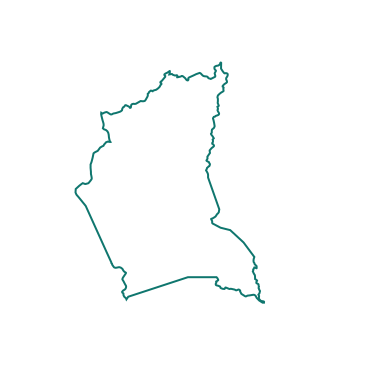 the district of Santa Cruz, Lempira, Honduras, rotated 121°
{"feature_id": "27666195B84616155619024", "entity_name": "Santa Cruz", "entity_type": "district", "adm_level": 2, "iso_a3": "HND", "parent_name": "Honduras", "parent_adm1": "Lempira", "projection": "robinson", "projection_center": [-88.56, 14.362], "detail": "fine", "context": "isolated", "style": "outline", "palette": "teal", "viewbox_px": 384, "rotation_deg": 121, "n_neighbors": 0, "source": "geoboundaries", "source_scale": "gbopen_adm2", "svg_char_len": 5951}
<svg xmlns="http://www.w3.org/2000/svg" viewBox="0 0 384 384"><g transform="rotate(121 192 192)"><path d="M249.8,73.3L249.0,73.7L248.9,73.9L249.0,74.6L249.7,76.4L249.8,77.1L249.5,78.3L248.9,79.8L247.8,80.4L246.6,80.9L245.8,82.2L244.2,82.0L241.9,82.7L241.4,83.5L241.1,84.2L240.7,84.4L240.0,85.5L238.6,85.9L238.4,86.3L237.2,87.2L236.9,87.5L236.8,87.8L236.9,89.2L236.9,89.8L236.7,90.1L235.5,90.6L234.5,90.5L234.4,90.6L234.2,91.3L234.1,93.1L231.6,94.7L230.9,95.4L230.6,95.8L230.2,96.8L228.7,99.0L228.1,99.0L227.9,99.0L226.8,99.7L226.2,99.5L224.6,99.7L224.4,99.4L224.2,97.5L224.1,97.4L223.8,97.5L222.9,98.0L222.2,98.6L221.6,101.1L220.8,101.9L220.4,102.9L220.0,103.3L219.2,103.9L217.7,104.6L215.6,105.1L208.7,121.8L205.0,139.6L207.9,149.1L208.4,158.0L208.1,158.8L206.6,159.7L205.4,161.6L205.1,161.7L204.1,160.8L202.0,159.7L200.8,159.2L198.1,159.1L196.8,158.7L195.6,158.6L192.8,159.7L171.3,185.7L169.1,187.0L168.2,187.8L167.4,188.9L166.2,191.1L164.8,191.2L163.5,191.5L162.7,191.2L161.4,190.9L161.0,190.5L160.7,190.5L159.9,190.6L159.0,190.9L158.7,191.2L158.3,192.1L157.7,192.8L157.8,195.2L157.7,195.6L157.6,195.8L157.0,195.9L155.4,195.9L154.0,196.9L153.7,197.0L149.3,196.7L147.7,198.0L147.2,198.3L144.3,197.8L142.2,197.0L141.6,196.9L141.2,196.9L140.8,197.2L140.5,197.7L140.2,198.7L140.2,199.5L139.6,199.9L138.7,199.8L137.8,200.1L136.9,200.7L136.4,201.3L134.7,201.0L133.6,203.1L132.8,205.2L132.3,205.7L131.0,205.6L129.3,206.6L128.2,207.0L125.7,206.2L124.8,206.3L123.9,206.5L123.2,207.1L121.3,208.7L119.0,210.9L118.3,211.8L117.9,212.0L116.4,212.0L115.5,211.1L115.0,211.0L114.5,210.8L113.3,209.8L112.5,209.2L111.7,208.9L111.2,209.0L110.8,209.2L110.3,209.8L109.5,211.3L108.7,212.3L108.4,212.4L107.8,212.4L107.4,212.5L105.8,214.1L105.1,213.7L104.3,213.5L103.5,214.4L102.5,215.8L100.8,216.6L98.8,217.8L97.7,219.0L97.1,219.2L95.9,219.5L93.5,218.9L91.7,218.2L90.1,217.3L89.2,217.0L88.8,217.2L87.3,218.4L86.6,218.5L86.2,218.7L86.0,219.1L85.9,220.0L85.4,220.3L84.5,220.2L83.1,219.9L82.4,219.6L80.8,218.8L80.0,218.6L79.6,218.7L78.9,219.3L77.8,220.8L77.3,221.1L76.5,221.4L75.1,221.3L74.0,221.4L73.2,221.7L72.6,222.1L72.3,222.7L72.4,223.5L72.7,224.3L73.4,224.9L73.5,225.6L72.8,227.6L71.5,230.3L71.2,230.7L66.3,233.5L66.2,233.9L66.3,234.1L66.7,234.2L67.3,234.0L67.9,233.9L68.9,234.1L69.5,234.3L70.3,234.8L70.9,235.6L71.6,236.3L73.0,237.1L73.8,236.9L74.8,236.2L75.3,235.3L75.5,234.3L75.7,234.0L76.3,233.8L77.8,233.8L78.6,233.7L78.9,233.4L80.5,231.8L81.0,231.6L81.3,231.6L81.6,231.7L85.4,234.1L85.5,234.3L85.5,234.9L85.8,235.7L85.9,236.4L85.8,237.0L85.3,237.9L85.3,238.3L85.5,239.1L86.4,241.0L86.7,242.0L86.5,243.4L85.9,245.5L85.9,246.3L86.0,246.8L88.8,249.1L91.4,250.8L95.3,253.5L95.9,253.7L96.6,253.7L96.9,253.5L97.4,253.0L97.9,252.9L98.4,253.0L98.7,253.4L98.8,254.0L98.7,254.7L97.9,256.6L97.7,258.0L97.5,259.2L97.6,260.1L97.9,260.6L98.8,261.1L99.9,262.2L101.2,263.6L101.3,263.8L101.2,263.9L100.6,263.8L100.0,264.2L99.8,264.6L99.7,265.0L99.9,265.4L100.6,266.1L101.0,266.8L101.4,268.8L101.2,269.8L101.3,270.1L102.9,272.0L102.0,272.2L100.7,272.7L99.9,273.2L99.8,273.4L99.9,273.5L102.2,274.5L104.2,275.8L105.3,276.2L105.7,276.1L106.0,275.8L106.2,275.5L106.2,275.0L106.3,274.7L107.1,274.3L112.3,275.1L113.5,275.6L114.0,275.7L114.3,275.6L114.6,275.3L114.7,275.0L114.6,274.6L114.6,274.3L114.8,274.1L115.2,273.8L115.6,273.8L116.7,274.1L118.2,273.9L119.3,274.1L120.8,274.5L122.7,275.3L125.1,277.5L125.9,277.6L126.2,279.4L126.4,279.6L128.6,280.3L129.7,280.1L130.6,280.5L132.2,279.5L133.3,279.3L136.7,279.2L137.8,279.3L138.2,279.4L138.7,279.8L139.3,280.5L140.0,281.7L140.3,282.6L140.5,282.9L145.2,285.5L146.0,286.4L146.6,287.7L147.4,288.5L148.0,288.8L148.7,288.9L151.0,288.0L151.3,288.0L151.6,288.2L151.8,288.5L151.3,289.8L151.3,290.3L151.6,293.3L152.0,293.9L153.9,294.1L154.7,294.6L155.3,294.7L156.7,294.6L157.9,294.1L158.5,294.2L159.5,294.6L160.3,295.1L161.7,296.3L163.6,298.0L165.3,299.9L166.2,300.4L166.7,300.7L167.2,301.3L167.4,301.9L167.4,303.1L167.3,305.3L167.4,306.3L167.9,306.9L169.1,308.0L170.8,309.0L170.8,310.6L171.9,310.1L173.3,308.9L176.4,305.8L178.6,303.4L179.4,302.7L180.5,302.0L183.3,301.2L183.6,299.8L183.2,297.8L183.5,295.9L184.3,294.4L185.8,292.9L188.0,291.3L189.4,290.0L190.6,288.8L191.1,287.7L191.3,287.9L191.5,288.6L192.3,290.3L193.9,291.4L194.7,291.4L196.5,291.8L198.0,291.7L199.3,292.6L201.2,293.6L205.3,294.0L206.7,294.9L208.2,295.8L208.9,296.1L209.6,296.3L213.9,294.8L218.0,293.6L220.7,293.1L221.8,292.4L223.5,291.4L226.8,289.0L228.6,287.9L230.3,286.3L231.6,285.2L232.1,284.9L232.8,284.7L234.2,284.8L237.2,285.2L237.9,285.4L239.8,287.2L240.2,287.8L240.7,290.2L242.0,290.8L244.9,291.9L249.3,293.2L252.4,291.6L253.5,290.1L253.9,289.4L254.8,286.6L258.7,275.9L287.4,234.4L293.9,224.9L294.4,224.6L294.7,223.6L295.4,223.0L296.6,220.3L296.7,219.8L296.6,219.3L296.4,218.6L295.9,217.9L294.0,215.8L293.7,214.9L293.5,214.1L293.7,212.1L294.7,210.4L295.1,209.3L295.2,208.5L295.2,207.4L295.3,207.0L295.8,206.8L301.1,207.1L302.6,206.8L303.1,206.1L303.8,204.7L305.3,202.3L306.4,200.3L306.8,199.9L307.5,199.5L308.7,199.2L309.6,199.2L310.2,199.4L312.0,200.3L313.5,200.5L314.0,200.1L314.2,199.7L314.2,199.3L314.2,198.9L314.3,198.5L315.6,197.7L316.2,196.9L316.8,195.7L316.9,194.6L317.1,194.0L317.4,193.4L317.8,192.9L314.6,192.7L267.1,151.6L252.4,127.1L252.9,125.6L253.9,124.2L254.2,124.2L254.9,124.4L256.3,125.2L256.5,125.1L256.7,124.7L257.0,124.5L257.4,124.4L257.9,124.5L258.3,124.4L258.8,124.2L259.3,123.7L259.4,123.4L259.4,123.0L258.9,121.3L258.6,119.4L258.8,118.9L259.4,118.3L259.5,117.7L259.2,115.9L258.5,114.4L258.2,114.2L257.9,114.1L256.9,114.2L256.5,113.9L255.9,110.1L255.7,109.7L255.1,109.1L254.8,108.5L253.7,105.2L253.6,103.6L253.3,103.2L252.3,102.4L251.8,102.1L251.5,101.5L251.5,100.9L251.6,100.1L251.9,99.8L252.3,99.7L253.4,98.0L253.9,97.1L253.9,96.6L254.0,92.9L253.9,92.4L253.7,92.0L253.0,91.5L252.3,91.1L250.9,89.3L248.5,86.5L248.1,85.6L248.1,84.9L248.2,84.1L249.5,81.9L250.4,78.5L250.5,74.5L249.8,73.3Z" fill="none" stroke="#0f766e" stroke-width="2"/></g></svg>